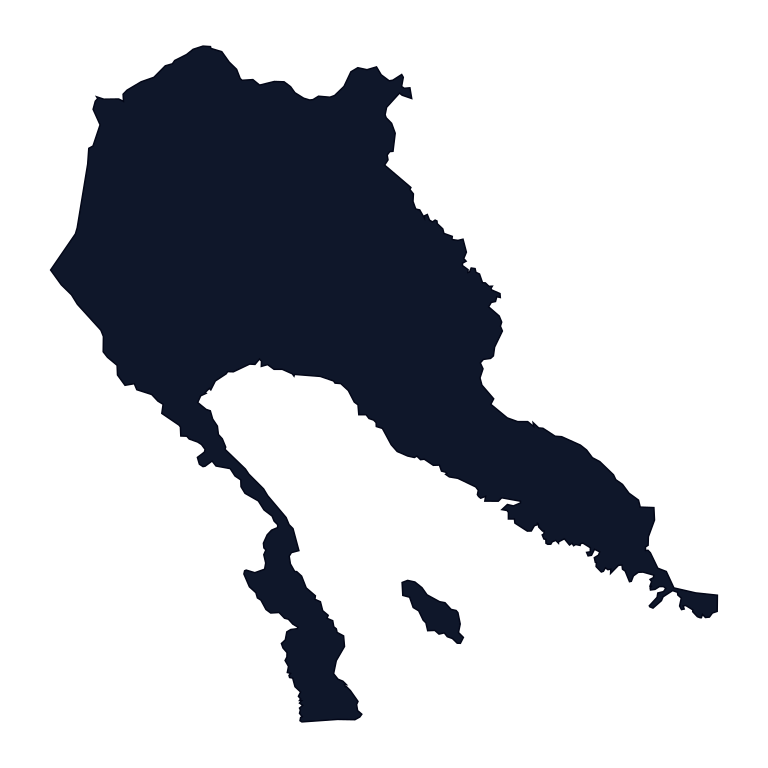 Tanggamus, Lampung, Indonesia
{"feature_id": "22746128B69666188283297", "entity_name": "Tanggamus", "entity_type": "district", "adm_level": 2, "iso_a3": "IDN", "parent_name": "Indonesia", "parent_adm1": "Lampung", "projection": "orthographic", "projection_center": [104.708, -5.522], "detail": "fine", "context": "isolated", "style": "filled", "palette": "ink", "viewbox_px": 768, "rotation_deg": 0, "n_neighbors": 0, "source": "geoboundaries", "source_scale": "gbopen_adm2", "svg_char_len": 6071}
<svg xmlns="http://www.w3.org/2000/svg" viewBox="0 0 768 768"><path d="M50.6,270.0L61.3,284.8L71.5,294.8L77.4,304.3L100.9,330.2L103.4,336.5L103.2,351.8L107.5,357.3L117.1,365.3L117.5,375.0L125.0,385.3L134.3,383.7L136.8,389.7L151.7,394.5L157.9,401.1L163.1,404.3L161.8,413.4L179.0,425.1L180.4,426.9L180.8,436.0L186.8,436.2L189.2,439.0L197.6,442.0L201.5,444.5L205.1,449.4L204.4,452.1L197.4,457.4L199.4,464.2L203.0,466.6L205.1,466.2L212.1,461.0L216.0,466.0L230.2,468.6L235.0,476.0L240.8,479.9L241.0,486.7L245.0,493.3L258.3,500.9L264.0,509.9L272.1,516.1L274.1,521.1L277.7,524.7L277.6,527.6L271.6,530.1L267.2,534.8L263.4,543.2L263.9,547.9L265.9,549.9L263.8,554.7L265.7,563.0L264.6,569.2L254.8,572.7L246.2,570.1L244.6,570.8L243.9,574.0L249.4,586.8L255.9,592.7L257.4,597.9L260.9,600.1L266.0,609.5L270.7,613.0L279.1,612.5L284.5,618.2L288.4,619.2L292.9,624.2L298.0,627.2L297.1,628.7L290.8,629.5L286.8,631.9L285.3,639.9L281.4,643.5L283.0,648.0L287.0,652.6L286.9,657.0L285.1,660.5L288.5,666.4L287.3,672.5L290.6,673.4L289.0,675.4L289.6,677.5L292.7,678.1L295.0,686.7L300.6,692.0L298.4,696.3L300.6,698.9L299.5,700.5L301.8,700.7L299.5,703.1L302.7,705.3L299.5,708.1L300.4,710.0L299.5,713.3L302.2,716.7L300.6,717.5L300.0,720.7L301.9,721.9L337.6,719.4L354.9,719.7L359.8,717.0L361.8,714.2L357.6,710.6L356.6,704.5L358.0,701.4L350.4,690.6L346.4,686.6L345.4,686.9L344.5,684.7L346.4,684.7L342.9,681.2L338.0,679.2L333.6,673.7L336.3,660.6L344.5,646.5L343.6,635.9L337.1,632.4L336.3,628.8L333.8,626.8L332.7,620.7L327.0,618.3L328.2,615.3L322.7,610.7L320.4,601.7L314.9,599.3L315.4,595.8L306.2,587.9L301.6,576.1L296.7,571.6L294.7,571.5L290.4,563.9L289.2,556.2L291.4,552.6L298.9,550.6L293.0,528.6L289.1,524.7L286.1,517.5L267.7,495.7L263.6,488.9L248.9,474.2L245.4,469.0L225.0,449.3L225.7,447.1L222.3,438.8L218.4,434.5L217.4,426.1L212.7,419.1L210.3,410.8L206.1,409.4L197.7,402.5L200.7,395.8L206.1,393.3L205.1,392.6L209.3,388.4L210.8,389.9L215.3,381.0L226.2,373.8L227.6,371.6L233.4,371.8L249.6,364.1L255.0,364.4L259.5,359.0L261.5,361.2L261.3,366.4L267.6,364.6L274.0,369.3L282.2,369.3L292.3,373.8L294.0,376.1L294.5,374.4L320.3,376.4L333.6,381.0L335.0,383.1L340.8,383.6L348.3,390.5L354.3,402.1L358.0,404.8L358.8,414.7L366.1,414.7L369.0,418.5L373.7,420.1L376.1,422.6L376.3,426.5L382.4,428.4L391.2,444.7L397.2,451.5L407.6,456.0L414.4,457.5L416.9,456.1L420.5,459.7L424.3,459.2L433.3,465.3L439.4,465.1L441.5,471.1L445.7,472.2L446.9,473.4L445.6,474.3L449.3,476.9L457.8,478.3L475.7,486.9L478.3,490.3L477.4,494.6L478.6,496.5L480.7,498.2L485.6,496.3L484.8,501.1L498.3,501.2L501.7,497.8L520.5,501.2L520.5,502.9L513.4,505.9L507.4,504.5L501.9,509.6L507.1,510.5L508.4,512.4L508.4,519.0L514.4,519.0L514.9,523.1L527.3,531.1L531.3,531.0L534.4,525.7L537.2,524.8L537.4,523.3L538.3,523.9L538.7,527.0L542.6,531.1L544.1,530.9L543.9,533.9L542.2,534.9L543.9,539.0L545.8,539.4L546.0,543.3L547.8,544.3L550.8,544.2L552.2,541.8L555.8,540.4L558.5,543.2L558.6,541.8L564.4,538.8L569.5,545.0L572.1,543.2L573.6,545.7L575.7,544.5L580.1,545.4L580.5,543.7L582.9,543.1L590.3,547.7L590.3,551.8L586.6,552.4L588.1,555.9L591.5,555.3L594.5,549.3L599.8,551.9L598.4,555.2L594.3,557.7L595.3,562.3L596.4,562.6L596.1,566.6L601.3,572.0L603.4,571.3L605.4,567.8L607.9,569.7L610.8,569.1L610.6,573.4L618.5,565.3L622.0,565.0L622.5,569.2L625.2,571.1L629.5,581.7L631.3,581.3L633.4,575.9L638.3,572.3L643.0,572.1L653.9,575.2L653.3,577.7L650.0,579.4L651.6,581.6L649.9,586.3L650.5,587.1L652.0,585.7L650.1,587.9L650.5,590.0L655.0,589.4L659.4,586.6L663.5,586.6L665.8,588.4L663.5,591.6L657.8,593.0L657.1,597.3L649.3,605.8L649.8,606.8L653.0,608.1L661.4,600.7L663.1,596.8L672.6,590.6L677.5,592.3L677.8,595.0L681.3,598.1L679.6,606.0L681.5,609.6L684.2,609.0L683.1,605.9L685.8,605.5L692.9,609.9L692.7,611.7L697.4,616.7L700.1,617.7L701.4,617.7L702.5,614.4L705.4,617.5L709.4,617.1L712.4,613.0L717.2,611.4L717.4,595.2L695.7,592.9L673.9,587.9L666.3,571.5L657.8,568.2L650.4,552.8L648.0,550.3L645.5,550.5L645.5,546.9L648.1,545.3L648.4,536.7L654.5,520.1L653.9,507.6L640.2,507.1L638.5,500.1L629.0,493.2L622.5,484.4L615.8,479.7L613.5,474.8L599.8,461.6L592.4,457.7L586.6,450.0L580.4,445.1L561.7,436.7L555.1,436.2L543.0,428.3L538.7,427.9L533.1,422.6L533.7,426.6L527.7,421.6L517.6,421.6L507.3,417.9L490.8,404.3L493.7,398.8L481.9,385.1L480.0,377.9L483.0,368.8L480.3,362.9L483.4,359.4L490.6,358.4L493.4,355.9L494.6,347.1L502.4,331.0L500.4,326.2L501.7,322.1L499.2,316.0L488.6,306.8L491.3,302.4L495.5,301.5L496.8,296.7L500.3,297.5L500.0,293.6L491.6,289.9L491.0,288.4L492.3,286.2L488.9,286.3L485.4,282.9L482.5,282.7L479.5,274.0L475.9,272.3L475.1,268.6L471.2,268.0L469.5,272.1L467.8,272.5L468.1,269.7L462.4,265.5L462.6,263.1L466.1,261.2L463.7,258.6L466.4,252.2L463.0,239.2L458.0,240.4L453.1,239.7L451.9,239.0L452.3,236.4L443.9,233.4L442.8,228.9L437.2,223.6L437.0,221.0L435.1,220.1L432.5,221.9L429.5,220.1L427.3,214.5L424.5,215.8L424.5,218.3L419.7,209.9L415.9,209.1L415.2,207.6L413.0,201.4L413.4,193.9L409.9,189.5L410.9,187.5L384.6,165.1L388.0,159.9L387.2,155.1L389.7,151.6L393.0,151.3L395.2,133.2L391.6,123.3L386.2,117.8L385.1,114.8L386.6,107.3L399.5,93.1L402.1,95.2L411.7,98.5L409.9,87.8L404.3,88.3L401.6,86.5L403.3,77.3L401.7,74.5L392.8,80.2L389.2,80.8L381.2,74.8L376.5,66.9L367.0,69.7L357.8,67.7L350.9,71.8L344.0,86.4L334.6,95.5L329.9,97.2L318.5,96.2L313.0,99.6L309.7,100.0L303.7,98.2L294.9,92.7L290.6,86.7L284.1,81.8L274.3,81.5L259.6,85.1L252.9,79.6L242.1,80.3L240.2,78.6L236.6,69.3L229.2,62.1L221.8,51.7L210.9,48.4L210.5,46.6L203.0,46.1L193.1,49.3L186.6,54.5L174.7,60.5L172.4,63.8L165.3,65.8L153.9,77.3L141.1,81.8L127.1,90.1L123.1,94.2L123.5,101.4L118.7,99.0L103.9,99.2L96.6,96.8L97.7,98.6L95.3,101.2L93.1,109.3L100.1,124.8L93.0,146.0L88.8,148.3L87.7,164.0L77.2,227.8L75.4,233.9L50.6,270.0ZM445.0,602.7L439.6,601.7L427.0,594.8L422.0,587.7L414.9,582.0L407.6,580.4L402.1,582.5L402.8,595.4L409.6,597.2L413.2,607.5L418.7,610.8L423.2,620.2L425.9,622.8L427.7,630.7L434.8,630.4L439.0,634.1L444.3,632.9L447.3,636.7L452.4,638.5L457.2,643.2L460.4,643.3L463.4,637.4L458.5,632.5L460.2,624.0L457.9,612.6L456.1,610.5L451.1,609.4L445.0,602.7Z" fill="#0f172a" stroke="#020617" stroke-width="1.5"/></svg>